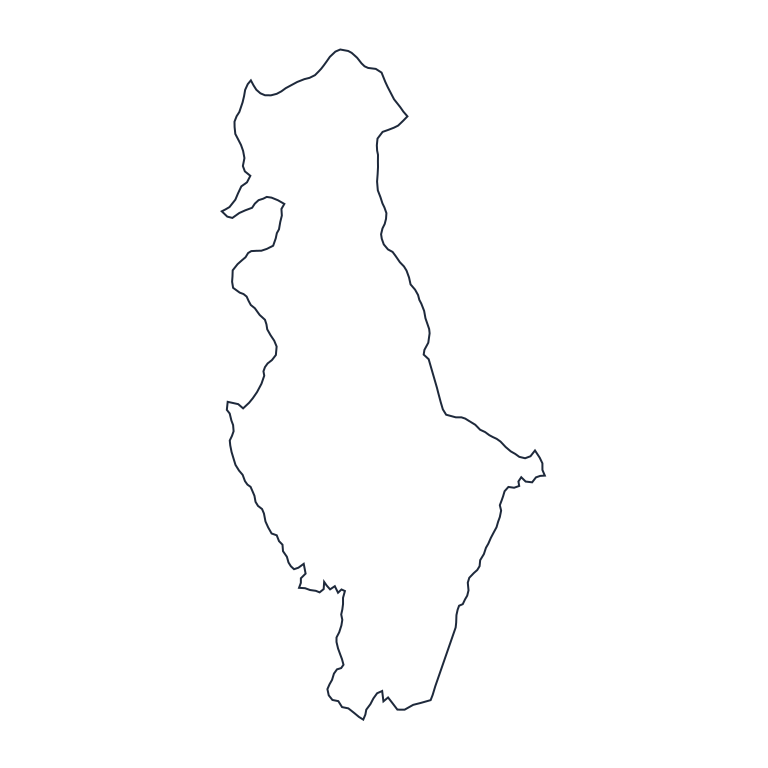 outline of Dois Córregos, São Paulo, Brazil, rotated 179°
{"feature_id": "56859067B70309035872749", "entity_name": "Dois Córregos", "entity_type": "district", "adm_level": 2, "iso_a3": "BRA", "parent_name": "Brazil", "parent_adm1": "São Paulo", "projection": "natural_earth1", "projection_center": [-48.333, -22.403], "detail": "fine", "context": "isolated", "style": "outline", "palette": "slate", "viewbox_px": 768, "rotation_deg": 179, "n_neighbors": 0, "source": "geoboundaries", "source_scale": "gbopen_adm2", "svg_char_len": 3953}
<svg xmlns="http://www.w3.org/2000/svg" viewBox="0 0 768 768"><g transform="rotate(179 384 384)"><path d="M511.8,689.9L515.0,686.2L517.7,680.5L518.9,674.2L520.5,668.0L523.9,658.5L526.7,654.3L528.9,648.9L528.9,643.6L528.3,636.6L525.7,631.4L522.8,625.5L520.8,619.5L519.6,612.3L521.3,604.4L519.4,599.0L514.0,594.5L517.5,588.0L523.2,584.1L526.7,577.0L529.4,570.9L535.4,563.6L539.5,561.3L543.2,559.5L537.8,554.1L532.7,552.7L525.7,557.5L519.6,560.1L512.8,562.5L510.0,566.6L506.2,570.0L501.5,571.4L498.0,573.1L493.2,572.3L486.9,569.6L480.5,565.8L483.5,560.8L483.2,554.2L484.9,547.8L486.3,540.5L488.5,536.7L489.7,531.5L492.4,524.2L498.9,521.1L504.3,519.4L509.0,519.4L514.4,519.2L517.6,517.3L520.2,513.2L523.5,510.5L528.3,506.4L533.3,500.3L533.6,494.4L534.1,488.9L533.2,482.8L526.7,477.9L522.9,476.4L519.8,473.8L518.0,469.6L515.8,465.3L511.8,462.0L509.4,458.5L507.1,455.2L501.9,450.3L500.5,445.7L499.8,440.7L496.6,434.8L493.0,429.2L490.7,423.3L491.6,414.9L495.6,409.9L500.0,406.6L502.7,403.0L504.3,398.8L503.6,394.4L506.5,386.4L511.1,378.1L515.4,372.1L519.2,367.6L525.3,362.1L530.1,366.4L540.6,368.9L541.6,360.9L538.8,357.2L537.2,350.1L535.6,345.6L535.2,339.4L536.9,334.8L539.2,330.2L538.8,325.3L537.6,318.7L535.6,311.6L533.9,305.7L530.5,300.0L526.9,295.6L524.7,289.3L522.3,285.8L519.2,283.5L517.4,279.2L515.5,274.5L514.5,268.4L512.1,264.3L508.1,261.1L506.3,256.6L504.9,248.6L502.3,242.6L499.0,236.5L493.9,234.6L491.7,228.7L488.3,225.1L487.9,218.6L484.1,212.9L482.6,207.2L480.3,203.4L477.2,200.4L472.8,201.8L467.4,205.6L465.7,195.8L470.5,191.2L470.6,186.6L472.5,181.7L466.5,181.2L461.5,179.3L455.8,178.4L452.0,176.8L447.9,180.0L447.3,187.2L444.9,183.6L441.5,179.6L436.7,182.7L433.6,176.1L430.1,179.3L426.7,177.7L428.7,170.9L428.8,164.7L429.6,159.3L430.8,154.3L429.8,148.9L430.8,143.4L433.1,136.6L435.9,131.4L436.0,126.9L434.6,120.5L432.5,114.4L430.8,109.6L429.4,104.0L431.8,100.7L436.0,99.5L439.1,95.3L441.1,89.1L443.7,84.7L445.9,79.9L444.7,73.7L441.1,69.0L435.2,67.7L431.6,61.7L425.3,60.3L419.3,55.4L414.9,51.6L410.6,48.8L408.4,53.8L407.4,58.7L403.2,64.1L400.1,69.8L396.3,74.9L391.2,77.1L390.1,66.7L385.4,70.5L381.0,64.6L376.3,58.2L369.1,58.0L360.4,62.7L353.1,64.4L342.9,67.1L340.8,72.2L338.0,80.9L316.6,139.3L316.0,144.1L315.6,151.7L314.3,157.1L312.8,161.0L309.1,162.5L306.7,167.3L304.5,170.9L303.1,176.2L303.7,183.9L302.1,188.8L297.4,193.5L294.0,196.4L291.6,200.2L290.9,206.2L287.1,212.2L284.9,218.5L282.5,222.5L279.9,228.2L277.0,233.5L274.0,238.8L272.3,244.3L270.5,249.0L269.1,255.4L270.3,260.8L268.5,265.3L266.9,269.6L265.3,274.7L261.4,278.9L255.7,278.0L250.6,279.7L251.3,284.2L248.4,288.4L244.1,284.0L237.6,283.1L233.7,288.0L229.4,289.4L224.8,289.6L227.1,295.3L227.0,301.9L229.6,307.6L234.2,314.9L238.8,309.2L244.2,307.3L250.0,308.8L254.0,311.8L258.4,314.4L263.5,318.9L268.5,324.4L272.3,327.2L276.2,329.1L279.6,331.0L283.8,334.2L288.7,336.6L293.4,341.6L300.0,345.8L303.4,348.0L307.1,349.3L312.7,349.4L322.4,352.2L325.6,357.6L327.6,364.8L330.0,374.5L331.1,379.2L338.9,408.0L343.8,412.7L343.0,417.4L339.0,424.5L337.5,433.9L337.9,438.2L341.4,449.0L342.6,456.4L345.3,463.7L347.2,467.5L348.4,472.4L351.3,477.8L355.7,483.1L357.1,490.0L359.5,497.0L362.0,501.2L366.0,505.5L370.1,511.7L373.1,515.9L377.7,518.5L381.8,523.6L383.7,529.3L384.3,533.8L382.8,539.6L380.5,544.0L379.1,549.1L378.6,554.8L380.5,560.5L382.4,564.6L384.3,570.9L386.8,577.7L387.4,586.5L386.7,594.0L386.2,601.1L386.2,606.5L386.0,613.2L386.8,617.5L387.0,622.8L386.2,629.5L381.0,636.1L375.3,638.0L369.6,640.1L365.4,642.1L360.1,647.0L355.9,651.2L359.9,656.0L362.9,660.5L369.0,668.5L375.2,681.0L377.5,686.2L381.0,695.4L386.7,699.2L394.4,700.3L397.9,702.0L400.9,705.0L405.2,710.7L410.6,715.7L414.0,717.6L421.9,719.2L426.8,717.2L432.4,712.1L435.8,707.4L438.5,703.8L441.3,700.3L444.0,697.5L447.6,694.0L453.1,691.4L458.3,690.2L465.5,687.5L477.1,681.5L481.5,678.4L486.2,676.0L492.0,674.6L498.0,674.8L502.5,676.8L506.5,680.4L509.2,684.8L511.8,689.9Z" fill="none" stroke="#1e293b" stroke-width="2"/></g></svg>